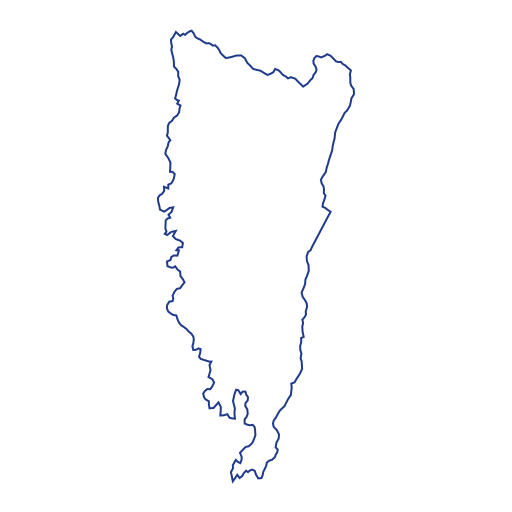 the district of Jandaia, Goiás, Brazil
{"feature_id": "56859067B45662810904248", "entity_name": "Jandaia", "entity_type": "district", "adm_level": 2, "iso_a3": "BRA", "parent_name": "Brazil", "parent_adm1": "Goiás", "projection": "equal_earth", "projection_center": [-50.192, -17.128], "detail": "fine", "context": "isolated", "style": "outline", "palette": "blue", "viewbox_px": 512, "rotation_deg": 0, "n_neighbors": 0, "source": "geoboundaries", "source_scale": "gbopen_adm2", "svg_char_len": 4684}
<svg xmlns="http://www.w3.org/2000/svg" viewBox="0 0 512 512"><path d="M272.0,459.8L274.9,457.2L275.7,454.7L277.2,452.4L277.7,449.5L275.6,447.3L276.5,442.5L278.7,438.5L279.0,434.5L276.9,430.3L273.6,426.7L273.0,423.5L273.7,420.6L276.0,417.4L278.1,413.4L280.0,410.4L282.7,407.8L284.4,406.3L287.3,400.6L288.8,397.9L290.8,395.2L291.7,388.0L291.3,383.6L294.5,382.4L296.8,378.4L298.8,375.5L300.1,373.3L302.1,368.9L301.9,364.9L301.6,361.1L300.6,358.5L301.4,353.5L300.3,349.9L300.2,345.9L301.2,342.2L301.1,338.0L303.7,336.9L302.6,331.8L302.3,326.9L303.1,322.6L302.3,319.8L304.6,317.1L306.0,314.5L305.7,311.7L307.1,306.7L306.6,303.1L304.9,300.0L302.6,296.8L301.6,292.5L303.5,288.3L305.1,284.1L305.4,279.6L307.1,275.7L308.8,270.5L308.5,265.1L306.9,260.9L306.6,256.2L308.2,251.9L310.6,250.2L311.9,247.2L328.2,216.2L330.6,211.8L327.2,209.5L325.1,207.8L322.5,206.7L323.0,203.4L324.5,199.3L325.5,195.7L323.8,193.0L324.0,189.1L323.5,186.3L321.7,183.5L320.9,179.7L323.1,175.9L325.8,172.0L326.8,167.2L328.0,163.8L328.8,160.5L330.3,156.0L332.2,150.2L332.7,146.0L333.7,141.6L334.5,138.9L335.2,132.3L336.6,128.6L338.4,123.9L340.7,120.4L342.9,116.5L344.5,113.0L347.0,110.6L348.4,108.3L350.0,105.6L350.7,102.3L351.4,98.4L354.0,94.2L353.7,89.1L351.0,85.4L350.3,82.4L350.3,77.6L349.9,74.3L350.9,70.4L347.6,67.6L345.4,65.5L342.6,63.9L340.9,61.9L338.5,62.0L336.0,61.4L334.0,59.2L330.5,55.7L327.1,54.2L324.9,55.8L321.1,57.4L318.8,56.5L316.4,56.0L314.3,58.2L313.4,60.7L313.6,63.6L315.5,66.5L316.6,69.6L315.7,72.2L313.6,74.8L312.6,78.0L310.3,80.2L307.6,83.6L303.2,86.6L300.5,84.0L297.6,81.2L295.3,78.7L290.9,77.2L288.0,78.4L286.1,76.7L282.5,74.6L280.6,72.2L278.4,70.2L275.1,69.0L273.3,72.2L270.2,74.0L267.3,74.9L263.8,72.8L260.4,70.7L255.7,69.6L253.1,68.9L249.5,64.9L247.4,63.0L244.9,58.3L241.1,55.4L236.1,55.6L232.5,56.7L228.7,57.6L225.8,58.0L222.9,55.4L220.5,52.9L219.4,50.4L217.8,47.9L215.2,45.3L212.8,45.6L210.8,44.0L208.6,43.1L206.5,43.5L203.4,41.8L200.0,39.4L197.5,38.4L195.3,36.8L193.5,33.1L191.6,30.7L189.6,31.4L186.8,33.2L185.1,34.9L183.2,33.7L180.2,36.0L178.0,33.9L175.9,32.0L174.5,34.7L173.1,37.2L171.0,39.5L171.2,42.9L172.0,46.7L171.3,49.6L172.1,53.4L173.1,56.8L173.9,61.9L174.0,66.6L176.3,68.9L178.2,71.7L178.2,76.1L179.7,79.9L179.0,84.5L177.9,87.8L176.9,91.2L176.2,94.5L175.1,98.4L176.7,99.9L178.8,100.6L177.2,103.7L180.5,105.5L179.5,108.6L179.2,112.1L177.2,115.4L173.8,117.8L172.0,120.8L169.3,122.8L167.9,125.8L167.8,129.1L167.8,132.7L166.9,135.7L168.7,137.9L170.3,140.3L168.7,142.1L167.8,146.1L165.9,150.4L165.3,153.9L168.2,157.9L170.4,162.4L170.3,167.2L170.0,171.8L172.5,171.9L174.7,174.0L173.9,178.4L172.8,180.9L171.2,183.5L168.3,184.6L168.3,188.5L164.0,186.8L164.2,190.9L162.0,194.0L159.6,195.3L158.0,197.8L158.1,201.3L159.2,205.3L160.0,209.6L164.2,211.7L169.7,207.9L173.2,207.3L171.6,211.8L168.5,214.7L170.2,217.7L167.4,218.6L165.7,220.4L165.4,228.6L166.5,231.6L164.8,233.8L167.2,235.0L171.1,232.0L175.8,230.9L172.9,236.1L175.8,239.1L180.0,240.6L182.9,243.0L182.2,247.2L178.5,247.4L176.5,250.2L178.9,250.4L177.4,255.6L173.7,255.5L171.2,257.2L170.5,260.0L167.0,261.5L167.5,266.2L170.9,267.5L173.0,267.7L175.2,266.3L177.6,269.6L180.1,271.5L180.5,276.1L183.2,279.7L184.5,282.4L182.1,285.4L180.1,288.2L176.9,288.9L174.6,291.5L172.6,295.7L173.3,298.6L172.5,301.2L169.3,301.6L167.2,305.0L166.8,307.9L168.2,311.5L170.8,313.5L173.1,314.9L176.3,315.4L177.7,319.8L179.2,322.9L181.1,325.3L183.9,327.0L186.8,329.3L188.4,331.2L191.4,333.8L193.4,336.7L193.8,339.6L193.2,343.7L192.4,346.3L193.3,350.0L196.4,349.7L198.5,348.4L200.6,349.1L200.2,352.9L199.0,356.8L200.7,358.9L208.9,361.5L211.3,361.6L209.5,364.9L210.5,370.1L209.6,373.4L208.5,377.0L212.3,379.2L214.1,382.5L212.2,386.5L210.2,389.2L207.3,389.0L204.6,391.3L203.2,393.7L204.0,397.2L205.6,399.4L208.8,401.2L208.9,404.2L209.5,408.3L213.5,408.0L216.0,405.2L218.5,402.4L220.8,406.9L220.7,411.0L220.3,415.5L223.8,415.3L227.3,414.2L229.6,417.8L232.1,418.4L234.9,418.7L234.4,412.5L234.9,408.6L233.0,401.1L234.3,394.9L236.1,389.7L238.3,390.2L240.7,394.1L242.6,391.6L245.4,391.6L246.1,394.4L248.0,397.2L247.7,400.4L245.5,403.1L245.2,405.9L247.3,409.3L247.7,414.0L246.4,417.2L244.6,419.3L244.7,423.5L247.1,424.6L250.0,425.3L252.7,424.8L254.6,427.0L255.1,430.1L255.4,435.4L253.8,439.6L252.6,442.3L250.8,444.5L248.7,446.3L245.7,446.9L243.3,449.3L240.0,452.8L241.6,456.6L241.6,459.8L240.3,463.1L237.8,461.9L235.8,459.9L232.8,465.2L233.0,468.3L230.9,472.1L231.7,475.7L232.8,481.3L235.0,478.3L237.3,474.8L239.6,478.0L242.3,476.0L243.6,473.4L246.1,470.7L248.0,472.1L250.1,470.4L252.2,469.6L254.7,470.8L256.1,474.8L258.3,478.4L261.4,478.1L262.6,475.4L263.2,472.1L266.1,466.0L266.9,462.5L269.2,460.6L272.0,459.8Z" fill="none" stroke="#1e3a8a" stroke-width="2"/></svg>